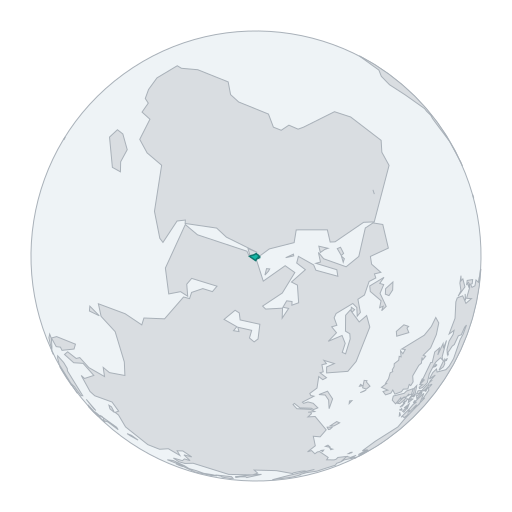 the Earth from above Shamal Sina', rotated 144°
{"feature_id": "EGY-1558", "entity_name": "Shamal Sina'", "entity_type": "Governorate", "adm_level": 1, "iso_a3": "EGY", "parent_name": "Egypt", "parent_adm1": "", "projection": "orthographic", "projection_center": [33.332, 30.402], "detail": "fine", "context": "on_globe", "style": "filled", "palette": "teal", "viewbox_px": 512, "rotation_deg": 144, "n_neighbors": 0, "source": "natural_earth", "source_scale": "10m", "svg_char_len": 11457}
<svg xmlns="http://www.w3.org/2000/svg" viewBox="0 0 512 512"><g transform="rotate(144 256 256)"><circle cx="256" cy="256" r="225" fill="#eef3f6" stroke="#a8b0b8"/><path d="M240.7,31.2L256.9,30.8L264.2,30.9L265.7,30.9L263.5,30.9L270.2,31.2L286.9,32.9L291.5,33.7L290.5,33.9L280.3,32.8L279.4,33.1L286.5,34.0L289.9,35.2L279.6,33.8L284.5,35.9L268.4,36.0L241.7,34.3L232.1,36.7L202.9,42.0L205.0,42.5L195.2,45.8L193.9,47.8L188.9,48.8L192.2,49.7L197.1,48.5L200.1,48.6L199.9,49.9L193.4,51.1L192.6,50.7L190.5,51.7L187.4,51.9L188.7,52.6L180.9,54.3L188.1,54.6L181.5,57.8L176.4,58.5L177.7,55.7L169.2,52.4L164.5,53.3L156.5,56.8L139.9,68.4L134.4,71.0L126.3,76.4L129.0,75.8L136.2,71.6L139.2,72.5L147.7,67.8L150.1,67.8L158.6,64.6L156.4,68.2L149.8,73.6L142.6,76.7L139.5,79.4L145.6,79.4L131.6,88.6L121.3,101.4L117.8,103.8L112.2,102.3L114.0,94.3L106.7,94.9L110.5,98.0L101.6,105.0L99.8,107.8L99.7,109.8L102.7,108.7L99.5,112.1L94.6,109.6L97.4,106.5L99.0,107.1L99.7,103.7L96.4,103.2L92.1,107.3L91.5,104.0L88.5,107.1L86.7,108.5L91.5,103.5L82.8,112.7L81.7,113.3L92.7,100.8L104.7,89.1L117.5,78.3L131.1,68.5L145.3,59.8L160.2,52.1L175.6,45.6L191.4,40.2L207.6,36.0L224.0,33.0L240.7,31.2ZM36.0,207.5L35.6,209.7L35.2,211.2L32.0,234.8L32.3,252.4L32.4,263.4L31.9,267.1L32.9,272.8L33.0,276.2L40.5,298.4L47.3,316.0L49.0,327.7L47.3,334.2L54.9,357.2L54.4,356.6L47.4,341.1L41.6,325.1L37.0,308.7L33.6,292.1L31.5,275.2L30.7,258.2L31.2,241.2L33.0,224.3L36.0,207.5ZM292.4,33.8L293.9,34.0L295.7,34.4L292.4,33.8ZM159.2,62.9L158.9,63.7L157.5,63.9L159.2,62.9ZM163.2,60.9L161.8,60.5L163.4,59.5L164.3,59.8L163.2,60.9ZM295.8,35.2L298.2,36.1L294.0,34.9L295.8,35.2ZM164.5,61.7L166.6,57.9L169.6,56.2L175.2,56.0L164.5,61.7ZM298.4,36.5L304.4,39.2L308.4,39.6L300.4,40.5L298.0,37.5L292.2,35.9L296.8,36.6L298.4,36.5ZM198.7,47.6L193.5,48.9L198.2,46.7L198.7,47.6ZM200.9,46.2L210.7,40.3L218.2,39.4L213.4,41.3L223.4,39.6L222.2,42.0L216.5,43.5L211.9,43.5L215.0,44.5L200.9,46.2ZM295.1,40.8L295.0,41.5L293.2,40.6L295.1,40.8ZM201.7,48.5L203.0,47.2L209.6,46.2L208.2,48.7L206.6,48.1L201.7,48.5ZM226.5,38.2L231.2,38.2L231.5,40.0L233.4,40.3L222.8,42.0L226.5,38.2ZM204.9,49.0L207.4,50.0L204.0,51.7L200.9,49.7L204.9,49.0ZM211.9,45.0L215.0,44.8L212.8,45.7L211.9,45.0ZM193.3,59.1L194.7,57.2L198.3,56.4L193.3,59.1ZM208.5,50.2L209.7,49.7L211.2,49.3L212.1,50.3L208.5,50.2ZM223.8,43.3L223.0,44.2L228.2,42.7L228.7,44.3L221.5,45.3L224.8,45.5L225.0,46.1L219.0,46.3L223.8,43.3ZM217.7,50.2L208.8,52.6L205.4,56.1L202.1,56.7L208.2,51.0L217.7,50.2ZM219.0,47.9L217.4,49.4L214.2,49.2L213.2,48.1L219.0,47.9ZM231.6,45.2L232.7,42.4L234.2,42.3L231.6,45.2ZM217.4,51.2L219.5,50.7L217.5,51.5L217.4,51.2ZM227.9,47.0L228.1,45.9L229.8,45.8L227.9,47.0ZM223.7,50.6L220.8,51.3L220.0,50.4L223.7,50.6ZM226.1,49.0L228.5,49.1L221.5,49.7L225.9,48.5L226.1,49.0ZM229.5,47.1L230.6,46.7L229.2,47.5L229.5,47.1ZM228.2,53.8L219.6,54.8L217.9,52.7L226.5,52.0L228.2,53.8ZM97.7,312.8L86.8,276.0L93.2,266.0L95.1,251.1L140.3,214.1L149.1,220.0L183.7,221.0L187.8,223.7L182.9,235.2L208.1,253.5L217.3,244.4L241.1,253.9L257.5,253.8L264.9,231.4L238.1,231.0L234.3,219.8L256.5,210.6L280.1,211.6L279.4,207.4L265.2,198.2L271.4,190.3L260.4,194.4L264.3,198.7L257.5,201.7L253.6,198.0L255.9,195.1L249.0,193.1L239.6,208.1L242.6,214.1L224.1,215.9L227.2,226.4L221.9,230.8L214.6,214.9L215.9,209.3L201.7,191.5L198.7,197.4L211.9,214.9L207.4,213.2L203.4,222.2L202.9,214.0L189.4,194.3L173.1,195.2L151.1,214.4L141.9,214.0L134.9,207.0L144.3,184.6L163.7,188.4L167.3,181.4L164.6,169.4L170.7,171.9L172.0,167.8L179.5,168.9L191.2,160.7L199.0,161.1L204.7,149.0L209.5,147.8L204.7,155.1L205.6,160.7L225.0,162.4L229.1,160.1L231.3,152.4L236.4,154.2L236.0,146.6L247.7,144.5L233.1,141.1L235.2,132.9L242.9,127.3L241.0,124.2L228.5,133.6L225.8,138.0L227.8,142.6L218.3,155.4L211.4,156.9L211.3,142.0L201.5,142.8L205.7,131.6L237.0,111.8L249.5,108.7L267.6,119.9L264.1,124.7L255.8,122.9L262.4,131.7L262.3,127.5L266.6,129.3L269.7,122.8L272.8,123.9L270.5,116.1L274.7,116.7L276.1,121.6L284.3,113.3L293.3,113.2L293.7,110.9L291.5,108.5L304.4,110.5L304.1,108.8L299.7,107.4L296.3,103.2L295.2,96.8L299.7,97.9L300.7,100.3L309.7,107.3L311.6,114.2L313.4,114.0L312.7,108.4L301.9,99.7L299.9,95.6L305.7,99.0L303.4,97.5L303.9,95.8L308.6,95.3L302.5,91.4L301.4,74.1L310.4,72.0L315.6,76.5L319.6,67.6L329.4,67.3L325.4,65.9L324.6,61.4L321.5,61.4L319.5,60.4L316.0,50.6L318.7,49.6L312.6,45.1L310.5,44.5L308.2,44.9L300.4,40.5L308.4,39.6L312.7,40.9L314.7,40.1L324.3,43.3L333.1,46.1L342.4,51.0L348.6,53.3L348.6,52.8L357.1,56.0L374.3,65.4L360.0,59.8L334.2,49.0L344.7,53.2L342.2,53.1L345.9,55.3L353.4,58.7L354.3,58.5L365.7,70.4L383.3,83.9L382.3,79.4L387.2,80.8L406.4,95.3L428.7,125.3L435.4,129.9L439.4,135.0L441.6,141.1L435.8,133.7L433.2,133.9L429.6,129.2L431.2,137.5L426.1,131.2L429.8,141.3L434.3,144.8L434.8,139.4L440.2,151.6L447.6,156.3L454.4,167.0L462.0,194.4L460.7,208.2L461.9,212.3L458.3,211.2L458.3,222.5L468.6,237.7L469.9,244.0L467.6,262.1L466.7,257.7L457.4,254.7L459.0,270.8L466.2,276.8L468.8,288.9L464.7,289.2L461.7,278.8L458.3,277.4L456.8,263.9L449.4,247.5L445.1,255.7L443.1,247.8L432.3,236.4L424.8,247.7L414.4,277.6L416.8,298.2L411.6,310.0L395.8,286.2L388.9,267.4L383.1,271.7L366.9,258.9L338.7,265.4L334.8,260.6L329.5,264.4L318.2,260.9L312.2,252.8L305.3,254.5L321.2,275.7L328.6,273.9L334.9,263.6L338.0,271.5L348.9,276.6L336.4,299.5L294.7,323.0L290.9,307.6L260.5,265.2L261.6,260.1L261.4,259.5L261.1,258.5L258.1,266.8L252.9,258.2L268.9,288.7L271.4,301.7L294.2,324.0L292.0,326.6L299.3,330.7L323.3,321.7L323.4,326.9L311.9,351.8L279.0,384.9L283.5,403.4L281.5,418.7L261.4,429.0L263.6,439.4L253.3,443.0L253.0,448.5L245.0,453.9L231.4,458.3L207.9,456.2L206.0,451.7L193.6,440.9L176.2,413.2L181.7,401.5L179.5,390.8L162.5,363.5L166.2,350.0L161.7,342.9L152.5,342.5L147.4,333.9L141.9,332.3L107.7,326.6L97.7,312.8ZM123.9,236.5L122.5,240.8L123.9,236.5ZM304.8,224.4L319.1,223.5L313.1,210.1L318.1,208.8L314.2,204.9L312.6,209.1L303.2,198.4L309.5,193.5L308.0,187.6L303.1,187.7L293.0,198.5L306.4,213.6L303.0,219.8L304.8,224.4ZM35.5,209.9L34.8,213.5L35.1,211.6L35.5,209.9ZM45.9,174.7L44.6,178.4L45.3,176.3L45.9,174.7ZM101.9,105.1L102.2,105.4L101.4,107.9L100.3,107.7L101.9,105.1ZM107.0,114.2L101.7,119.6L104.7,115.4L102.1,115.9L105.1,108.2L116.2,104.6L110.6,107.4L107.0,114.2ZM112.3,97.7L109.1,102.4L112.2,97.4L112.3,97.7ZM171.7,145.8L173.8,149.1L170.3,153.4L160.5,154.5L165.4,148.2L171.7,145.8ZM177.6,152.9L180.3,138.7L186.5,137.9L182.6,140.6L186.4,141.5L181.1,146.3L184.4,160.1L181.6,164.9L165.0,163.5L172.0,161.1L169.5,157.8L177.6,152.9ZM176.2,108.9L177.4,104.2L189.3,108.4L186.8,112.5L176.8,113.4L173.9,109.3L176.2,108.9ZM174.1,62.6L173.8,61.6L175.6,61.1L177.3,61.6L174.1,62.6ZM193.7,58.2L177.2,67.1L176.1,66.2L167.8,73.3L161.5,73.8L167.1,69.1L156.1,75.2L158.6,71.2L151.5,75.7L164.5,65.2L166.2,62.3L166.6,65.2L172.4,64.6L175.4,63.6L185.3,58.6L192.0,52.7L198.7,51.7L201.7,52.7L201.1,53.9L196.9,54.0L199.2,55.7L192.7,56.8L193.7,58.2ZM232.9,71.7L228.2,70.0L231.7,76.0L225.2,76.1L226.0,76.9L220.9,78.8L216.1,82.6L213.3,82.1L212.7,83.8L209.3,85.3L207.5,87.6L201.8,87.8L199.1,90.7L197.9,89.1L194.8,94.3L194.6,90.6L190.2,92.6L192.8,95.1L166.4,93.0L155.6,95.9L146.7,100.6L147.5,94.4L156.3,86.4L168.8,79.0L179.1,77.4L177.6,75.2L182.1,74.0L181.4,76.3L185.1,72.1L188.6,71.8L199.7,66.9L202.9,61.8L207.0,60.2L207.5,62.0L211.3,59.2L215.1,61.7L218.1,60.7L224.8,62.6L224.1,67.2L227.5,65.8L232.8,67.5L232.9,71.7ZM230.0,54.4L230.5,59.3L227.2,62.0L216.8,57.8L213.6,58.3L206.8,56.3L211.7,52.6L213.2,53.5L215.8,53.5L213.2,54.6L217.2,53.7L219.4,55.0L223.1,54.8L222.2,56.3L230.0,54.4ZM193.2,219.9L196.5,220.9L201.9,221.0L199.4,227.0L193.2,219.9ZM183.6,206.6L186.7,206.3L185.9,214.2L182.5,213.4L183.6,206.6ZM189.1,199.7L187.0,205.6L186.1,201.9L189.1,199.7ZM207.7,154.6L211.1,154.1L211.1,155.9L209.0,158.5L207.7,154.6ZM241.6,91.8L239.5,89.9L240.7,89.1L240.3,83.7L245.0,83.5L247.2,86.7L241.6,91.8ZM260.0,235.3L254.9,239.6L252.5,237.5L254.8,236.4L260.0,235.3ZM225.4,233.9L233.0,237.2L224.6,235.5L225.4,233.9ZM246.8,90.7L246.1,88.4L248.9,89.8L246.8,90.7ZM248.5,83.2L252.0,84.2L245.6,82.9L248.5,83.2ZM342.7,463.1L343.6,463.1L340.3,464.4L342.7,463.1ZM320.1,412.1L304.6,438.3L293.9,439.6L292.0,433.0L297.7,417.7L310.1,411.8L316.2,403.8L320.1,412.1ZM477.7,296.2L477.0,299.4L477.5,296.8L477.9,295.1L477.7,296.2ZM476.9,299.3L471.6,311.6L468.8,314.1L470.0,309.6L474.5,302.5L476.9,299.3ZM469.7,309.9L464.7,308.0L453.9,290.8L457.9,287.7L468.4,293.7L467.8,297.2L470.9,300.1L469.7,309.9ZM479.6,274.5L479.0,283.8L476.5,290.0L475.1,291.8L474.2,282.9L474.8,276.1L476.1,273.7L478.3,244.8L479.7,245.9L479.7,257.0L480.6,261.6L479.6,274.5ZM417.9,299.7L423.1,309.4L419.9,313.1L417.9,299.7ZM477.0,227.5L477.6,239.8L476.4,225.1L477.0,227.5ZM475.0,215.0L476.0,218.9L474.8,216.6L475.0,215.0ZM464.0,218.1L462.7,221.7L461.6,218.9L462.5,212.6L464.0,218.1ZM459.6,176.3L463.5,184.7L464.7,188.1L462.2,184.2L459.6,176.3ZM286.6,89.5L281.9,96.8L281.7,102.8L286.5,106.9L277.6,104.6L278.0,95.4L286.6,89.5ZM299.1,75.7L294.8,72.7L297.9,72.3L299.4,73.0L299.1,75.7ZM295.6,75.0L288.0,74.6L286.4,71.9L292.8,72.7L295.6,75.0ZM267.4,81.8L265.6,83.8L263.4,82.6L267.4,81.8ZM481.2,260.8L481.0,266.1L481.0,267.4L480.8,271.2L480.9,269.6L480.3,277.2L479.9,281.0L479.8,282.1L480.3,274.6L480.9,262.4L481.0,256.4L481.2,249.7L481.2,250.9L480.9,261.5L481.0,265.5L481.3,259.5L481.2,260.8ZM480.1,233.0L479.2,229.0L479.4,234.5L477.9,219.0L479.2,225.4L480.1,233.0ZM477.7,220.1L478.0,225.1L476.9,216.7L477.7,220.1ZM477.5,223.4L476.4,218.8L476.7,217.4L477.5,223.4ZM477.7,218.9L475.8,210.1L476.9,214.0L477.7,218.9ZM473.4,208.8L475.9,212.4L474.5,214.7L469.4,199.3L469.6,196.5L473.4,208.8ZM442.9,134.9L440.0,131.4L438.8,128.4L441.1,131.6L442.9,134.9ZM432.3,117.0L437.6,126.6L441.4,135.1L442.5,135.4L447.5,143.3L443.2,139.2L437.2,128.4L435.1,123.3L430.3,117.2L426.1,111.0L420.1,105.0L416.7,101.1L421.6,105.1L432.3,117.0ZM417.5,102.7L405.5,91.8L405.3,89.6L407.9,91.5L413.5,97.2L413.3,98.0L417.5,102.7ZM402.5,88.7L402.2,89.5L383.8,78.8L379.9,76.1L393.7,82.2L394.2,83.4L398.7,86.7L402.5,88.7ZM297.4,41.8L295.2,41.5L296.6,41.2L297.4,41.8ZM317.8,60.5L315.3,59.2L317.0,58.6L317.8,60.5ZM309.4,55.3L309.2,56.9L307.5,54.7L309.4,55.3ZM309.0,60.7L308.2,57.3L311.7,61.2L309.0,60.7Z" fill="#d9dde1" stroke="#a8b0b8" stroke-width="1"/><path d="M259.1,252.8L259.3,253.3L259.4,253.7L259.5,254.0L259.7,254.5L259.9,255.0L260.0,255.3L260.0,255.5L260.0,255.8L260.1,256.0L260.3,256.1L260.4,256.5L260.6,257.1L260.8,257.5L260.8,257.8L261.0,258.2L261.1,258.6L261.2,259.0L261.2,259.3L261.3,259.5L259.9,259.3L259.5,259.2L259.1,259.0L258.4,258.7L257.5,258.3L255.3,257.9L254.4,257.9L254.3,257.7L254.3,256.9L254.2,256.6L254.0,256.1L253.7,255.6L253.7,255.1L253.5,253.7L253.5,253.4L253.8,253.4L254.1,253.3L254.4,253.2L254.6,253.1L254.3,253.2L254.2,253.3L253.8,253.4L253.9,253.5L254.0,253.5L254.0,253.4L254.1,253.5L254.3,253.3L254.5,253.3L254.5,253.2L254.6,253.3L254.7,253.2L254.7,253.3L254.8,253.3L255.0,253.4L254.9,253.3L255.0,253.3L255.1,253.2L255.0,253.3L254.9,253.3L254.8,253.2L254.7,253.2L254.8,253.2L255.0,253.0L255.2,252.9L255.3,252.9L255.2,252.9L255.3,253.0L255.3,253.3L255.3,253.2L255.3,253.3L255.3,253.5L255.5,253.4L255.8,253.3L256.0,253.3L255.9,253.2L256.2,253.2L256.3,253.1L256.5,253.1L256.8,253.2L257.0,253.2L257.8,253.0L258.4,252.7L258.9,252.4L259.0,252.6L259.1,252.8ZM255.1,252.8L255.2,252.7L255.8,252.8L255.7,252.8L255.4,252.7L255.3,252.8L255.2,252.8L254.7,253.0L254.8,253.0L254.8,252.9L255.1,252.8L255.1,252.8ZM256.1,252.9L256.3,253.0L256.5,253.1L256.4,253.0L255.9,252.8L256.1,252.9L256.1,252.9Z" fill="#14b8a6" stroke="#0f766e" stroke-width="1.5"/></g></svg>